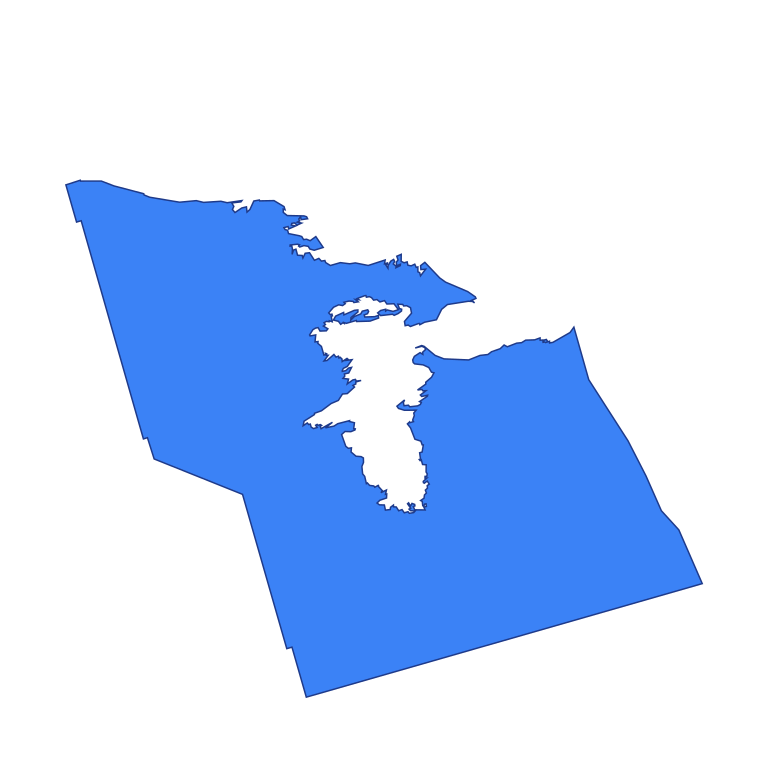 outline of 98, Ar Rayyān, Qatar, rotated 254°
{"feature_id": "91078587B41884610793448", "entity_name": "98", "entity_type": "district", "adm_level": 2, "iso_a3": "QAT", "parent_name": "Qatar", "parent_adm1": "Ar Rayyān", "projection": "mercator", "projection_center": [51.33, 24.623], "detail": "fine", "context": "isolated", "style": "filled", "palette": "blue", "viewbox_px": 768, "rotation_deg": 254, "n_neighbors": 0, "source": "geoboundaries", "source_scale": "gbopen_adm2", "svg_char_len": 6172}
<svg xmlns="http://www.w3.org/2000/svg" viewBox="0 0 768 768"><g transform="rotate(254 384 384)"><path d="M104.4,634.9L162.5,627.2L185.7,615.7L223.4,610.5L262.1,602.9L331.7,582.0L386.3,582.2L382.2,577.0L377.5,557.9L377.8,554.5L379.5,554.9L379.3,550.1L379.5,553.2L382.1,552.3L382.1,549.7L380.1,549.5L380.2,548.4L382.5,548.8L383.0,546.2L385.3,546.7L384.9,541.0L387.1,532.3L385.8,527.6L386.7,522.8L385.8,512.8L388.4,510.2L385.9,505.4L385.4,496.3L383.7,492.0L385.0,484.2L383.8,472.0L391.6,448.6L397.4,441.0L409.1,433.0L410.6,430.8L410.0,423.9L409.8,430.8L407.7,433.3L405.7,433.4L403.9,429.9L401.8,429.5L404.2,427.3L402.2,420.8L399.2,418.2L396.6,418.0L394.9,419.0L391.6,426.9L387.5,431.6L382.3,432.9L381.0,435.1L377.4,431.6L374.2,424.6L372.4,424.2L369.0,414.6L368.3,419.0L366.8,419.4L366.0,422.5L363.4,415.9L361.6,416.8L361.2,422.9L360.3,422.4L357.3,413.3L356.0,414.8L354.3,413.3L353.7,410.3L355.0,402.5L356.9,401.6L357.6,397.3L360.8,397.5L363.0,399.4L359.1,390.3L356.5,391.2L353.1,396.4L350.0,407.7L347.9,404.6L345.3,404.4L341.4,401.6L339.7,402.0L339.7,398.1L340.5,398.1L339.2,395.5L334.5,397.4L322.4,398.5L318.9,403.7L315.0,403.9L314.6,405.0L308.1,401.9L308.1,399.3L301.7,398.4L301.7,397.1L300.4,397.6L300.8,398.9L296.0,398.9L294.7,402.3L287.8,400.2L285.7,400.8L283.5,399.7L283.9,398.0L282.2,397.5L281.8,399.3L279.6,394.9L278.3,394.7L277.5,395.4L278.8,398.8L275.3,399.9L274.4,397.5L271.9,397.1L270.6,394.5L267.5,394.7L266.2,392.3L263.2,391.0L261.9,387.1L260.6,388.4L256.3,387.7L255.5,388.4L257.4,390.1L257.2,391.4L254.6,391.0L254.6,388.4L251.6,388.8L254.6,378.8L258.1,378.4L258.3,380.1L259.8,380.3L261.5,378.0L259.4,375.8L263.0,374.9L262.4,373.6L257.2,375.4L256.8,373.6L255.0,374.5L253.3,378.8L252.2,377.1L252.7,372.7L254.6,371.9L254.6,368.0L258.3,366.7L258.1,363.2L262.4,361.9L263.3,359.3L265.0,359.7L263.7,356.3L261.6,355.4L262.4,350.6L267.6,351.0L269.1,346.3L271.5,344.5L273.4,348.0L273.7,355.0L277.5,356.3L277.5,355.0L281.4,357.1L280.4,351.1L281.9,353.0L287.5,350.2L288.3,351.1L287.3,346.7L288.8,346.1L290.5,342.2L293.5,340.7L293.1,339.6L300.5,340.0L303.5,338.7L310.8,340.0L314.3,342.7L318.6,343.8L320.5,342.0L322.3,337.2L327.7,333.6L331.6,335.1L332.0,332.0L334.6,330.1L347.1,329.3L349.1,333.4L347.3,339.0L347.8,343.4L348.8,344.0L349.3,342.5L354.9,344.9L357.5,340.4L358.3,340.8L358.6,328.6L357.3,324.3L358.0,315.6L361.4,323.9L358.4,311.2L361.0,311.0L361.4,312.6L362.5,311.7L362.5,309.1L363.6,308.6L363.2,306.9L360.6,307.8L360.6,303.9L362.7,302.1L365.8,302.1L365.8,300.4L367.7,299.5L366.2,294.8L370.3,296.9L373.8,308.7L375.0,309.1L375.5,316.5L379.8,327.8L380.8,335.6L385.8,341.3L384.9,346.1L389.2,354.8L391.2,353.7L391.8,356.9L393.7,357.4L393.7,363.0L394.4,358.2L396.3,357.8L396.5,355.2L394.2,348.7L398.5,351.3L400.7,346.1L402.4,348.5L404.6,348.7L404.3,353.1L408.9,357.4L409.1,354.4L407.4,350.9L407.6,347.4L408.4,347.6L410.2,349.2L411.0,353.5L416.2,360.0L417.1,354.4L417.9,356.1L418.8,355.5L417.1,350.0L419.7,350.5L421.8,349.2L421.4,347.9L423.3,347.9L423.1,345.3L426.2,344.0L422.3,335.7L422.7,332.7L427.0,338.3L427.5,336.6L428.8,337.3L429.6,336.2L428.3,336.2L428.4,334.2L437.4,334.2L441.3,331.6L443.0,332.3L443.5,329.3L450.0,331.9L450.6,326.2L451.7,326.0L455.8,330.6L456.6,333.6L456.4,336.2L452.5,337.1L451.0,343.2L452.5,345.3L456.4,341.7L457.3,344.1L459.4,343.2L460.1,345.8L459.0,348.4L459.9,348.8L458.1,351.4L463.7,351.9L463.7,353.2L465.5,353.2L465.5,351.5L467.6,350.4L471.7,356.7L472.6,362.3L470.8,365.8L471.9,368.9L473.6,368.0L473.4,373.2L471.9,377.1L470.6,377.5L470.1,381.9L473.2,379.7L471.9,383.2L473.6,381.9L474.2,389.7L474.0,391.0L472.3,391.0L472.0,394.0L470.5,395.8L467.5,397.1L467.1,400.5L464.0,402.7L464.0,407.5L460.1,408.8L458.4,415.7L451.5,418.3L451.3,412.7L454.3,407.5L453.7,405.7L455.4,406.2L455.6,401.0L454.1,397.5L450.7,399.6L448.7,411.4L447.2,412.7L447.8,417.0L449.3,420.9L451.0,421.6L452.3,419.6L456.9,419.3L455.3,424.0L453.6,424.4L453.0,427.4L450.1,430.5L444.5,430.0L438.5,420.9L434.2,420.4L434.0,423.5L432.0,425.2L432.6,433.5L432.4,434.8L431.1,434.8L432.2,440.0L431.3,452.1L439.9,460.0L442.9,466.9L440.3,487.8L439.0,491.7L437.0,493.4L439.4,492.1L440.1,489.9L440.9,496.0L442.6,495.8L449.8,489.9L464.9,471.3L470.6,466.8L489.7,456.8L487.7,451.8L483.8,451.0L482.9,455.7L477.9,448.9L481.2,449.0L482.5,447.5L487.2,448.8L487.2,447.1L490.7,446.6L490.1,442.7L491.6,439.7L495.0,439.9L495.0,436.7L497.2,434.3L503.9,436.3L503.3,431.5L499.4,431.7L497.6,429.3L494.2,428.8L494.6,432.8L493.3,432.3L492.5,427.5L493.8,428.2L496.8,426.0L498.9,428.0L501.1,427.6L500.3,424.5L496.8,420.6L494.2,419.7L498.5,418.4L498.3,420.2L499.4,420.6L499.4,417.6L502.9,419.3L502.3,401.5L508.3,389.8L509.0,384.2L512.7,375.5L512.7,365.1L516.8,361.4L519.0,361.2L519.4,357.7L522.7,356.0L522.1,351.2L530.7,348.6L531.4,344.3L527.5,340.8L530.1,340.8L531.6,336.4L537.9,336.5L537.7,333.9L533.9,331.4L539.0,333.2L542.0,333.4L542.4,331.7L543.5,332.1L542.2,339.5L541.1,341.2L540.2,339.9L538.9,340.8L539.1,345.2L537.2,349.1L534.2,349.9L531.8,353.8L532.0,363.2L544.5,359.1L542.1,352.5L544.5,349.5L545.0,346.5L548.4,345.6L549.9,343.4L554.9,333.7L558.4,333.7L559.7,331.5L561.9,330.9L561.8,335.2L559.3,335.2L560.3,342.6L562.3,338.7L563.8,339.6L563.6,342.2L560.7,344.3L561.4,349.1L563.5,345.2L564.0,347.8L566.1,347.6L567.8,350.0L564.8,349.6L563.9,356.1L566.1,355.7L567.6,353.5L572.6,337.4L576.7,334.5L579.9,335.3L578.8,336.9L582.1,336.8L590.6,328.8L594.3,314.9L595.2,314.9L595.8,309.3L588.7,303.2L587.0,299.7L592.2,300.6L592.4,295.8L589.9,288.0L593.5,286.4L596.1,288.6L600.0,287.6L598.5,296.7L599.5,298.0L601.5,283.2L604.6,277.6L608.3,260.6L612.0,254.1L615.1,237.6L628.1,210.3L631.8,205.5L633.1,205.5L648.8,179.1L657.0,168.2L662.7,148.2L663.6,148.2L663.1,133.1L624.4,133.1L624.4,137.9L397.5,137.6L397.6,141.8L375.3,142.4L316.9,217.6L156.4,217.6L156.4,223.0L104.4,223.0L104.4,634.9ZM462.6,356.2L459.4,353.0L456.8,357.5L453.3,358.8L454.2,361.4L453.3,362.3L454.2,362.3L452.7,364.5L452.7,374.9L451.6,374.9L448.3,387.9L448.9,397.0L451.5,397.5L451.3,393.6L453.7,384.0L455.9,384.0L456.1,387.5L458.0,389.2L459.8,388.8L460.0,383.2L457.8,381.0L457.0,374.0L454.6,369.7L457.0,370.6L460.4,378.8L462.4,379.3L463.0,375.8L461.5,364.5L463.9,364.9L462.6,356.2Z" fill="#3b82f6" stroke="#1e3a8a" stroke-width="1.5"/></g></svg>